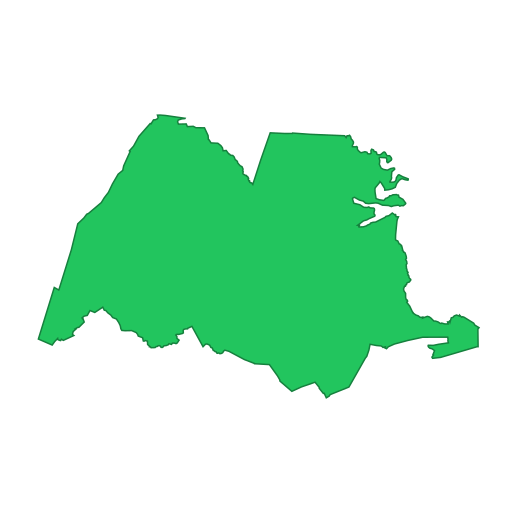 outline of Epitacio Huerta, Michoacán, Mexico, rotated 268°
{"feature_id": "50627088B38339693807546", "entity_name": "Epitacio Huerta", "entity_type": "district", "adm_level": 2, "iso_a3": "MEX", "parent_name": "Mexico", "parent_adm1": "Michoacán", "projection": "albers", "projection_center": [-100.284, 20.143], "detail": "fine", "context": "isolated", "style": "filled", "palette": "green", "viewbox_px": 512, "rotation_deg": 268, "n_neighbors": 0, "source": "geoboundaries", "source_scale": "gbopen_adm2", "svg_char_len": 6138}
<svg xmlns="http://www.w3.org/2000/svg" viewBox="0 0 512 512"><g transform="rotate(268 256 256)"><path d="M157.6,473.6L157.6,474.8L175.2,475.2L176.6,476.4L179.3,472.3L181.3,471.2L187.5,461.9L188.1,460.4L187.7,459.4L189.8,457.4L188.9,457.2L190.0,454.3L189.2,452.0L187.8,450.7L187.4,449.0L182.8,447.5L184.1,447.0L183.2,446.0L183.4,445.2L181.4,445.7L181.5,442.3L182.5,439.2L182.1,438.7L182.2,437.8L183.8,435.6L184.7,433.1L184.8,431.5L188.0,428.5L189.2,426.8L189.7,425.1L188.2,420.5L189.1,420.9L189.2,420.5L188.9,419.5L189.1,417.6L190.5,416.2L191.5,413.6L193.2,411.4L194.0,411.0L193.9,410.7L200.5,407.9L204.5,405.0L205.6,406.0L207.0,405.3L207.2,404.6L209.2,404.1L213.4,404.2L215.8,402.7L217.9,402.3L220.6,403.4L220.6,404.3L221.8,404.5L222.1,405.4L223.3,405.7L224.0,406.2L224.7,408.4L226.7,409.9L227.5,409.6L228.1,408.8L229.3,408.1L230.7,408.1L231.6,407.2L232.1,407.4L233.5,406.8L234.4,407.4L235.4,406.5L237.7,406.3L238.4,405.8L239.8,406.0L240.7,405.7L242.3,405.9L243.1,406.6L245.4,406.4L247.2,405.4L248.5,406.3L250.5,406.1L253.9,405.1L254.6,404.3L254.6,403.7L255.5,403.5L256.5,402.6L256.7,402.9L260.9,402.0L261.0,401.5L261.6,401.6L262.9,400.3L263.0,399.6L266.1,398.2L266.8,396.5L267.8,396.0L272.6,396.3L285.4,398.0L287.4,398.4L290.2,399.7L290.4,397.4L291.4,396.8L291.9,397.2L292.6,396.9L292.4,396.0L294.2,393.7L291.7,390.3L291.1,387.3L290.1,386.3L285.7,376.6L285.6,374.1L284.9,371.6L283.9,371.0L283.0,368.4L282.3,367.6L281.4,364.3L281.4,359.9L281.8,359.7L283.0,360.4L283.2,358.7L287.4,364.7L288.2,368.0L289.3,370.1L291.6,376.0L292.1,376.3L293.0,376.2L294.0,375.4L295.8,375.5L297.8,376.1L299.2,375.9L299.8,375.2L300.1,371.8L301.1,370.4L300.6,368.7L300.9,365.4L303.6,361.6L305.3,355.6L309.8,354.4L310.3,354.5L310.9,355.6L311.2,356.5L308.3,361.3L307.1,365.1L304.9,367.4L304.4,370.5L304.9,377.4L304.5,379.9L302.4,384.1L301.8,390.3L300.7,392.9L301.4,395.4L301.8,399.7L301.5,400.7L300.8,401.5L301.3,403.1L301.1,405.0L302.8,407.2L303.5,407.5L307.5,404.8L309.8,401.0L311.9,400.5L312.0,399.4L312.5,398.6L312.4,394.9L311.5,393.2L311.5,391.6L310.6,391.2L309.4,389.0L309.1,387.6L307.3,386.0L307.1,385.4L307.9,381.2L309.2,378.0L315.8,377.2L319.0,377.2L320.2,377.7L324.7,381.7L326.1,382.4L324.7,383.7L319.1,386.9L317.3,387.0L317.6,390.8L318.4,394.4L319.8,397.6L323.6,399.2L326.9,402.0L328.2,404.5L327.0,407.7L326.5,410.2L326.7,410.8L327.8,410.8L330.1,405.4L332.2,401.8L332.0,401.0L329.5,399.1L326.8,398.5L325.4,397.3L325.0,395.6L325.1,392.5L325.7,392.4L327.6,393.7L329.3,394.3L330.8,394.1L335.4,394.7L337.8,397.6L338.9,397.5L339.2,396.8L338.7,393.7L337.2,390.3L338.1,386.4L339.5,384.1L343.5,382.4L345.0,382.8L347.3,383.0L349.0,382.5L350.2,382.8L349.6,389.5L348.0,390.1L345.7,390.0L344.7,390.6L344.7,391.3L347.0,394.5L348.1,395.0L349.5,394.6L351.2,393.4L351.6,392.8L351.6,390.5L354.8,388.8L355.4,388.1L355.3,387.0L353.3,384.5L352.8,383.4L352.8,382.4L353.2,380.8L353.7,380.3L355.5,380.0L356.0,379.3L356.3,377.8L357.9,377.1L358.7,375.4L357.6,374.6L354.7,374.6L354.0,373.4L354.3,371.2L355.8,370.5L356.4,368.5L355.6,365.0L355.7,364.1L357.9,361.8L359.3,361.0L360.9,361.1L361.6,360.8L361.9,360.3L361.6,359.1L361.9,356.1L363.4,356.3L365.0,357.2L366.4,357.4L368.2,356.5L369.7,355.2L372.0,354.7L373.4,353.7L372.9,352.4L373.0,351.2L371.2,350.2L373.1,348.8L375.7,314.6L377.6,296.8L377.2,296.6L377.4,289.3L378.6,274.5L351.9,264.1L327.6,255.3L329.2,254.2L329.4,253.0L330.0,252.3L331.2,252.3L331.5,252.0L331.3,251.6L332.9,250.9L333.6,250.9L333.9,251.3L335.8,250.3L336.0,249.3L336.8,249.2L337.3,247.6L338.4,246.0L339.2,245.7L340.6,246.2L341.7,245.6L342.3,246.0L343.6,246.0L345.8,245.1L346.7,243.4L348.3,242.0L349.8,240.9L351.1,240.7L352.1,239.9L353.0,238.6L355.8,237.6L357.3,236.3L357.6,234.1L358.8,233.1L359.0,232.3L362.5,229.9L362.3,226.8L365.4,226.2L367.6,224.7L370.0,221.8L370.6,215.0L373.8,213.1L374.1,212.5L378.1,212.3L385.9,209.0L386.3,200.4L387.8,197.8L387.7,191.9L390.4,190.9L390.5,183.1L392.8,182.3L394.6,183.0L395.6,186.6L395.8,189.7L396.1,189.9L399.6,170.4L400.2,165.2L400.2,162.4L397.8,163.1L396.5,162.1L395.7,160.3L395.6,158.3L391.7,155.7L392.1,154.9L379.7,143.2L370.1,137.5L365.5,133.1L364.9,133.9L350.7,126.9L346.2,125.8L342.6,121.1L333.1,115.1L324.7,110.7L319.5,106.4L314.8,103.3L304.4,90.1L303.7,88.3L300.0,85.3L294.4,79.0L268.7,71.7L229.3,57.9L228.9,57.7L231.6,53.3L180.6,35.6L174.1,49.2L177.5,51.8L180.5,54.9L179.4,55.0L178.6,56.6L178.3,57.8L179.6,58.6L178.4,60.5L182.9,71.2L184.0,69.9L185.8,70.3L186.9,70.7L189.2,73.4L189.5,72.8L190.8,75.2L190.9,76.5L196.0,82.0L199.5,80.9L199.3,80.4L200.2,80.0L201.9,82.1L202.5,85.3L207.3,88.2L205.2,92.9L210.2,101.1L207.1,102.5L206.8,104.0L204.3,106.0L202.1,108.8L199.5,110.6L197.9,114.3L194.3,116.5L191.1,117.9L188.0,118.4L186.3,119.3L185.9,122.5L185.8,129.2L183.6,133.7L181.7,135.0L180.1,135.5L178.3,139.8L175.0,140.4L174.8,141.2L175.4,142.2L174.7,144.5L171.3,144.6L169.7,146.3L169.0,146.3L169.0,147.2L168.0,147.9L168.0,151.9L168.9,153.0L169.1,154.4L169.7,155.0L169.8,156.1L169.6,156.9L168.0,158.0L167.9,159.1L168.4,160.0L169.5,160.9L169.6,163.0L170.4,165.3L171.4,165.9L170.6,168.5L171.8,169.3L171.8,171.4L171.2,173.0L171.8,174.2L174.6,176.2L176.4,174.1L178.4,174.1L179.8,173.1L180.3,173.5L180.5,174.7L180.3,175.8L181.1,179.8L181.7,180.7L184.3,180.6L185.2,181.3L185.6,183.0L185.6,185.1L186.2,185.3L187.9,189.5L167.2,199.9L169.6,202.4L169.8,204.0L168.5,206.6L166.2,207.7L165.6,209.1L163.1,210.0L162.8,211.0L161.9,211.7L161.5,213.0L160.3,213.5L160.1,213.9L160.4,215.5L159.6,216.5L159.9,218.3L160.6,219.4L162.0,220.3L163.0,221.5L161.7,225.6L152.9,240.8L148.7,250.6L148.4,250.7L147.0,265.6L135.3,273.4L131.5,275.4L130.1,275.6L119.5,287.1L123.6,296.9L127.8,310.6L122.5,314.6L121.5,314.6L116.3,318.5L116.4,319.4L111.8,321.3L113.4,324.2L114.9,325.3L121.8,344.3L150.1,361.7L151.8,363.2L158.2,365.6L163.8,366.9L162.3,373.4L161.8,377.5L161.4,378.5L160.2,379.7L160.7,382.0L159.7,381.5L158.8,383.2L160.7,385.1L163.2,391.3L166.3,404.8L169.0,419.7L168.2,444.8L165.9,445.0L164.5,444.8L162.5,445.3L161.4,435.4L160.5,430.1L160.8,425.1L160.1,424.8L158.9,425.3L157.8,426.5L157.0,428.9L155.2,431.1L151.2,429.4L150.8,429.9L148.8,428.3L147.6,428.9L148.2,436.9L157.6,473.6Z" fill="#22c55e" stroke="#15803d" stroke-width="1.5"/></g></svg>